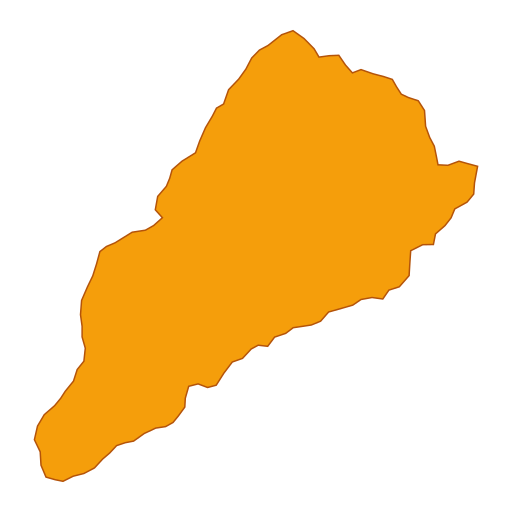 Chapadão do Lageado, Santa Catarina, Brazil
{"feature_id": "56859067B87802320520562", "entity_name": "Chapadão do Lageado", "entity_type": "district", "adm_level": 2, "iso_a3": "BRA", "parent_name": "Brazil", "parent_adm1": "Santa Catarina", "projection": "albers", "projection_center": [-49.558, -27.587], "detail": "fine", "context": "isolated", "style": "filled", "palette": "amber", "viewbox_px": 512, "rotation_deg": 0, "n_neighbors": 0, "source": "geoboundaries", "source_scale": "gbopen_adm2", "svg_char_len": 1619}
<svg xmlns="http://www.w3.org/2000/svg" viewBox="0 0 512 512"><path d="M473.7,194.1L474.5,182.9L477.6,166.3L467.2,163.5L459.0,161.2L447.9,165.3L438.0,164.8L436.4,156.5L434.3,146.2L429.7,137.5L425.6,126.3L424.5,110.5L418.3,100.8L408.3,97.5L401.3,94.2L396.5,86.8L392.3,79.4L384.1,76.7L373.1,73.8L361.0,69.6L352.4,72.9L345.5,65.1L338.8,55.3L329.3,55.7L319.0,57.1L314.1,48.8L304.0,38.5L293.0,30.7L281.7,34.7L274.6,40.3L268.0,45.5L259.4,50.1L251.7,58.0L245.9,69.1L238.8,79.0L228.6,89.7L223.6,104.0L216.5,108.1L212.4,116.1L205.5,127.7L199.7,141.0L195.5,152.8L182.1,161.1L172.1,169.8L169.7,178.3L166.4,186.3L157.7,196.4L155.3,209.8L162.4,217.7L153.7,225.5L145.4,230.2L132.2,232.2L122.5,238.2L114.9,242.9L106.4,246.5L99.9,251.6L96.5,264.1L92.8,275.8L87.5,286.8L81.6,300.4L80.5,314.7L82.1,326.3L82.1,336.9L85.3,348.2L83.9,361.2L77.2,369.5L73.5,381.1L65.3,391.2L60.7,398.3L54.6,405.7L44.3,414.6L37.5,426.1L34.4,439.7L40.2,451.8L41.0,465.2L46.0,477.1L55.1,479.7L63.0,481.3L73.2,476.2L83.9,473.5L94.5,467.9L102.7,459.0L109.7,453.0L116.6,445.6L125.3,442.7L133.6,441.1L144.2,433.5L155.7,428.1L165.6,426.6L173.0,422.5L178.4,415.9L184.8,407.1L185.3,398.2L188.7,386.3L198.1,383.9L207.6,387.5L216.2,385.2L223.9,373.1L232.3,362.0L242.5,358.4L251.2,349.0L258.2,345.2L267.7,346.3L274.6,337.1L285.8,333.3L293.2,327.7L302.1,326.4L311.3,325.0L320.6,321.2L328.6,312.0L341.7,308.3L352.8,305.1L361.0,299.5L372.0,297.5L382.8,299.0L388.9,290.1L399.3,286.8L409.1,275.6L409.9,262.3L410.7,250.7L422.7,244.7L433.4,244.5L435.5,233.9L445.0,225.6L451.1,217.8L454.8,208.9L467.1,202.1L473.7,194.1Z" fill="#f59e0b" stroke="#b45309" stroke-width="1.5"/></svg>